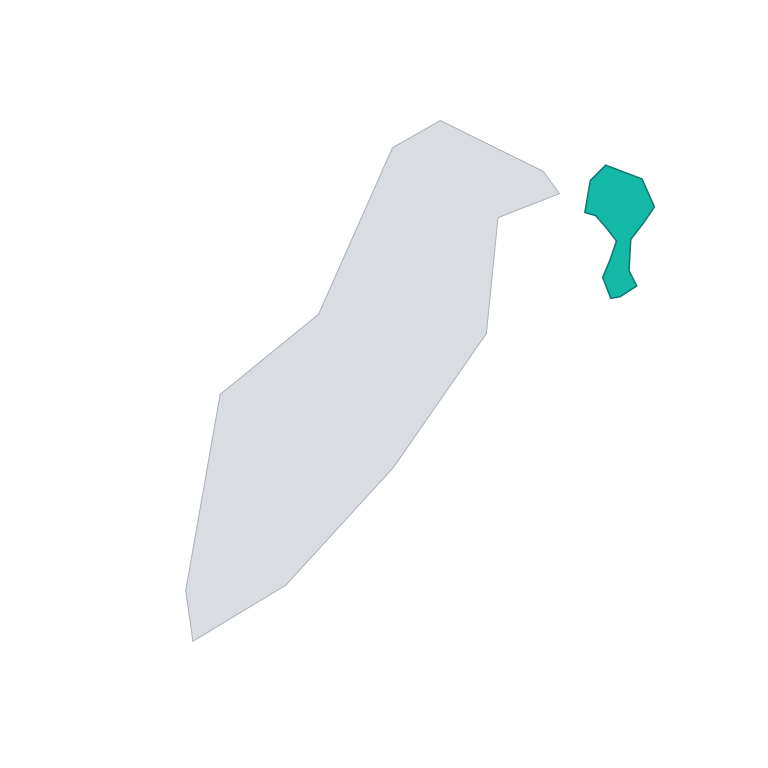 Bahrain, with Al Muḩarraq highlighted, rotated 38°
{"feature_id": "BHR-4930", "entity_name": "Al Muḩarraq", "entity_type": "Governorate", "adm_level": 1, "iso_a3": "BHR", "parent_name": "Bahrain", "parent_adm1": "", "projection": "mercator", "projection_center": [50.643, 26.245], "detail": "fine", "context": "in_parent", "style": "filled", "palette": "teal", "viewbox_px": 768, "rotation_deg": 38, "n_neighbors": 0, "source": "natural_earth", "source_scale": "10m", "svg_char_len": 586}
<svg xmlns="http://www.w3.org/2000/svg" viewBox="0 0 768 768"><g transform="rotate(38 384 384)"><path d="M430.5,602.8L391.8,704.4L354.9,668.8L261.3,493.0L289.5,369.2L245.2,192.7L266.1,141.7L378.8,118.4L405.0,126.0L371.4,182.7L433.6,281.2L442.8,444.0L430.5,602.8Z" fill="#d9dde1" stroke="#a8b0b8" stroke-width="1"/><path d="M423.9,75.1L461.1,63.6L488.1,78.0L489.4,98.1L489.4,118.1L507.4,143.9L522.8,151.1L516.4,169.7L510.0,176.9L490.7,165.4L485.6,146.8L479.1,128.2L462.4,123.9L447.0,121.0L436.7,125.3L421.3,96.6L423.9,75.1Z" fill="#14b8a6" stroke="#0f766e" stroke-width="1.5"/></g></svg>